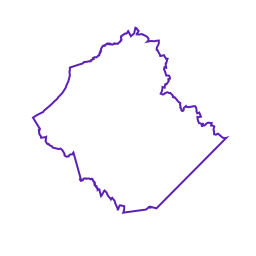 Sabanalarga, Atlántico, Colombia, rotated 60°
{"feature_id": "7082276B39650690530717", "entity_name": "Sabanalarga", "entity_type": "district", "adm_level": 2, "iso_a3": "COL", "parent_name": "Colombia", "parent_adm1": "Atlántico", "projection": "albers", "projection_center": [-74.958, 10.621], "detail": "fine", "context": "isolated", "style": "outline", "palette": "violet", "viewbox_px": 256, "rotation_deg": 60, "n_neighbors": 0, "source": "geoboundaries", "source_scale": "gbopen_adm2", "svg_char_len": 5564}
<svg xmlns="http://www.w3.org/2000/svg" viewBox="0 0 256 256"><g transform="rotate(60 128 128)"><path d="M142.8,58.9L142.4,59.7L141.9,60.2L141.8,60.9L140.2,65.3L139.7,65.7L139.1,66.6L138.6,66.8L138.0,66.8L138.5,69.5L140.5,71.2L140.6,71.6L140.4,72.5L139.7,72.9L139.3,72.9L138.2,72.4L137.6,72.3L136.4,72.5L136.2,72.1L135.8,71.8L135.1,71.5L134.3,71.5L133.9,71.4L132.9,70.5L132.3,70.2L131.5,70.8L130.6,71.2L130.0,71.4L127.3,71.7L124.7,72.2L124.7,72.8L123.6,73.7L122.5,73.0L121.5,73.1L120.9,73.3L118.9,73.8L118.1,75.1L117.5,75.5L117.1,75.7L116.9,75.9L116.8,76.1L116.3,78.1L116.6,79.3L116.6,80.7L116.2,81.4L114.6,82.5L113.6,80.9L112.1,79.3L111.5,78.8L109.7,77.6L111.4,76.1L109.2,74.3L108.7,73.7L108.9,73.3L109.4,72.8L107.6,69.1L106.9,69.1L105.8,68.6L106.0,67.9L106.3,67.1L105.2,66.5L104.5,66.3L103.6,66.4L103.2,66.3L102.5,67.2L101.7,68.6L98.3,67.9L97.6,67.6L97.2,67.6L96.4,67.6L95.3,67.5L94.9,67.2L93.6,66.0L94.2,65.3L94.9,64.8L94.5,64.6L93.4,64.3L92.2,63.8L90.9,63.0L91.1,62.6L89.0,60.4L88.0,59.5L87.8,59.2L87.3,59.8L87.0,60.5L85.8,60.4L84.6,60.6L83.0,60.4L82.5,61.8L82.0,63.7L81.7,64.1L81.0,63.8L80.6,63.7L78.5,63.7L75.2,63.5L74.8,64.1L73.1,63.2L71.9,61.5L71.3,60.5L70.4,59.3L69.8,58.8L67.7,57.6L66.8,59.4L66.4,60.9L65.7,62.5L64.6,63.8L64.3,64.6L63.8,65.3L62.9,68.1L62.6,67.0L62.0,66.2L61.3,65.8L60.5,65.6L58.5,65.9L56.8,66.8L56.0,67.5L55.2,67.9L54.9,68.3L53.8,68.7L52.2,72.4L51.6,73.0L51.5,73.3L51.3,73.6L50.7,72.9L50.1,71.9L49.9,71.2L49.3,70.3L47.5,70.8L47.4,70.6L45.8,70.8L44.9,71.5L49.1,75.3L49.3,75.9L49.5,77.3L50.0,79.6L44.2,79.4L44.3,79.8L44.6,80.0L44.7,80.4L45.2,80.7L45.3,81.6L45.4,82.1L45.3,82.5L44.8,83.1L44.7,83.3L44.8,83.8L44.8,85.3L44.9,85.7L44.8,86.1L45.3,87.4L45.3,87.6L45.1,88.1L45.3,88.3L45.8,88.6L46.4,89.1L46.6,89.2L48.1,89.4L48.4,89.9L48.4,90.2L48.5,90.3L48.8,90.3L48.7,90.8L49.4,91.8L49.4,92.7L49.6,93.5L49.6,93.8L50.0,94.3L49.9,94.8L49.5,95.2L49.4,95.7L49.0,96.1L48.8,96.5L48.7,97.1L48.4,97.1L48.2,97.4L47.9,97.4L47.8,98.0L48.0,98.5L48.0,99.1L48.1,99.3L47.8,100.1L47.5,100.2L46.5,101.0L46.8,101.1L46.8,101.3L46.5,101.5L46.4,102.0L46.1,102.4L45.9,102.5L45.5,102.4L45.4,102.8L45.2,102.8L44.8,103.0L45.0,103.7L44.5,104.2L44.8,104.5L44.7,105.1L44.8,105.8L44.6,106.6L45.0,107.2L44.8,107.5L45.0,107.5L44.7,108.2L44.5,109.3L45.0,110.0L45.8,111.6L47.1,112.6L47.4,113.2L47.6,113.2L47.8,113.1L48.4,114.6L48.8,114.8L48.9,114.6L49.1,115.0L49.5,115.2L49.6,115.8L50.1,116.2L50.5,116.3L50.7,116.8L50.4,117.4L50.6,118.3L51.0,119.0L50.9,120.4L50.1,121.2L49.9,123.3L51.1,123.3L50.9,124.5L51.0,124.8L50.8,125.5L50.7,125.9L51.5,126.4L51.4,127.7L50.6,128.4L50.3,130.0L49.3,132.4L48.9,132.8L49.1,133.2L49.1,133.9L49.4,135.3L48.6,138.6L46.6,148.2L48.7,149.2L50.0,150.6L53.3,152.0L57.9,156.5L60.4,160.1L61.9,161.7L64.1,165.9L64.9,167.6L66.3,172.3L66.4,172.9L67.5,175.1L68.0,178.1L68.9,181.2L69.8,185.4L70.9,191.8L71.7,193.4L71.3,200.0L71.5,205.1L83.8,204.8L84.3,204.6L84.6,205.0L85.3,205.3L85.8,206.0L85.4,206.3L85.6,206.4L85.9,206.1L86.2,206.6L86.5,206.8L87.1,207.1L87.8,207.2L88.7,207.8L89.9,207.8L90.6,207.6L91.4,207.6L91.7,207.6L92.0,207.8L92.2,207.7L93.0,208.1L93.5,206.8L94.5,204.7L94.7,203.3L97.3,205.2L97.7,205.7L98.7,206.1L99.9,205.9L100.7,206.0L102.2,205.4L102.2,204.7L103.9,204.5L105.3,203.3L106.1,203.0L107.2,203.1L111.6,198.5L112.0,196.8L114.1,196.0L115.1,195.9L115.9,196.0L116.8,195.8L117.8,195.9L118.7,195.9L119.3,196.2L119.6,196.6L120.9,196.4L121.1,196.3L122.3,195.3L122.6,194.0L122.9,193.5L122.3,192.6L122.1,192.0L122.2,190.7L122.9,189.7L122.9,189.2L122.7,188.7L122.0,187.8L121.9,187.5L148.6,194.4L148.6,194.7L148.3,194.6L148.3,194.9L148.1,194.9L148.2,195.0L148.3,195.0L148.5,195.2L148.6,194.9L149.5,195.0L150.0,195.1L150.0,194.9L150.3,194.9L150.3,194.7L150.3,194.2L150.0,194.1L150.5,193.8L150.7,193.4L150.5,193.1L150.2,192.8L149.8,192.1L149.7,191.7L149.8,191.1L150.4,190.6L150.5,189.7L151.2,189.3L152.1,187.2L153.8,185.9L153.9,185.5L153.7,185.0L153.8,184.7L154.1,184.4L154.3,184.4L154.4,184.7L154.9,184.5L155.7,184.5L156.0,184.4L156.4,184.6L157.1,184.5L157.3,184.6L157.9,184.1L158.5,184.0L158.8,184.1L159.0,184.3L159.2,184.8L159.6,184.7L159.9,185.0L160.3,184.7L160.5,184.8L160.7,185.4L161.1,185.5L161.3,185.3L161.6,185.2L162.3,184.6L162.5,185.0L162.8,185.1L163.2,185.1L163.5,184.7L163.9,184.5L164.4,184.5L164.6,184.9L165.0,184.9L165.3,185.0L165.6,184.9L165.8,185.0L166.2,184.8L166.3,184.6L166.5,184.8L166.5,183.8L166.6,183.6L166.8,183.5L167.5,183.6L167.8,183.9L173.5,185.4L173.3,184.7L172.3,183.1L171.9,182.2L170.9,180.9L170.4,179.6L171.5,179.2L173.1,178.9L174.9,179.0L175.6,179.2L176.3,179.2L178.8,178.9L180.1,178.5L181.3,178.5L180.6,177.2L180.5,176.6L184.1,176.1L185.2,176.2L186.3,176.5L187.1,176.8L188.0,176.7L191.5,177.2L192.7,177.2L192.9,177.3L193.4,177.6L193.5,177.1L191.9,175.4L190.9,173.6L193.1,171.1L193.9,170.4L197.0,172.3L198.0,173.4L198.9,174.5L207.6,153.3L207.5,152.3L206.9,149.1L207.2,148.3L208.0,148.5L207.9,147.9L208.4,147.4L208.2,147.2L211.8,143.5L185.7,47.9L185.4,49.1L184.6,49.8L183.8,50.8L182.7,51.3L181.7,51.5L180.9,51.9L180.3,52.0L178.0,52.8L177.7,53.4L177.8,55.2L177.3,55.7L176.8,56.1L176.5,56.5L175.3,55.9L173.6,55.0L172.4,54.9L171.1,53.8L170.0,52.6L169.7,52.7L168.1,53.5L167.4,54.8L165.5,53.1L165.2,53.9L164.8,54.1L164.3,54.9L163.9,55.2L163.4,56.1L163.4,58.2L163.9,59.2L164.0,60.4L163.6,61.8L163.4,62.4L163.1,63.8L162.9,62.9L161.8,61.1L161.6,61.3L161.5,62.0L161.3,62.4L160.0,63.2L159.3,64.0L157.1,63.8L154.7,63.1L153.5,62.6L153.2,62.4L153.8,61.9L154.1,60.6L154.7,59.2L154.4,59.1L150.2,58.6L150.0,59.6L150.0,60.6L148.0,60.5L146.4,59.5L144.4,58.9L143.1,58.8L142.8,58.9Z" fill="none" stroke="#5b21b6" stroke-width="2"/></g></svg>